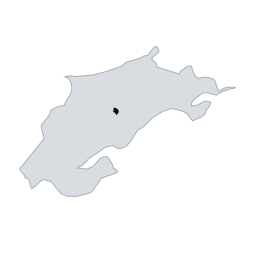 La Union, Cartago, Costa Rica shown in context, rotated 287°
{"feature_id": "36466004B23984119166299", "entity_name": "La Union", "entity_type": "district", "adm_level": 2, "iso_a3": "CRI", "parent_name": "Costa Rica", "parent_adm1": "Cartago", "projection": "robinson", "projection_center": [-83.995, 9.913], "detail": "fine", "context": "in_parent", "style": "filled", "palette": "ink", "viewbox_px": 256, "rotation_deg": 287, "n_neighbors": 0, "source": "geoboundaries", "source_scale": "gbopen_adm2", "svg_char_len": 2686}
<svg xmlns="http://www.w3.org/2000/svg" viewBox="0 0 256 256"><g transform="rotate(287 128 128)"><path d="M214.2,131.1L213.9,132.2L213.0,133.3L211.7,134.5L210.0,135.3L205.9,132.9L201.9,130.2L199.7,131.5L198.9,135.0L197.4,136.7L195.5,137.4L194.8,138.6L194.6,150.4L194.8,161.4L197.8,161.7L202.9,165.5L205.0,167.8L205.7,169.9L205.1,170.9L201.4,173.3L197.8,176.4L196.0,180.2L199.1,186.3L199.8,190.5L199.7,194.9L198.9,197.0L191.8,202.0L190.3,203.8L190.5,205.1L194.4,208.5L196.2,211.9L197.7,215.9L198.0,219.4L194.4,212.9L189.6,206.7L185.3,202.9L185.0,193.9L183.3,189.1L177.0,184.6L171.5,181.5L167.5,182.1L169.9,187.3L176.3,193.9L176.8,196.4L176.7,199.8L172.3,199.3L168.4,197.9L163.6,197.4L160.5,195.4L153.8,187.6L158.6,180.8L160.0,176.4L159.9,167.3L158.8,162.9L153.7,156.1L145.5,148.7L134.0,142.7L128.6,137.8L115.2,134.1L110.1,131.6L106.1,127.0L105.5,123.7L106.9,118.7L103.2,112.2L87.3,99.5L78.3,94.9L76.4,92.1L75.0,91.3L76.4,100.0L80.3,105.3L90.5,110.2L93.3,113.1L94.4,116.8L88.5,123.9L85.4,125.8L84.6,129.6L82.6,130.8L80.6,128.6L72.3,117.4L56.3,112.0L53.4,108.7L47.5,98.5L44.8,89.2L45.8,83.0L52.3,73.3L54.4,69.0L54.0,66.4L54.2,62.6L51.8,60.0L45.7,56.5L41.8,53.7L42.9,52.3L49.9,48.5L50.3,45.2L50.3,44.0L51.4,43.8L52.4,42.9L53.0,42.0L54.9,38.7L56.6,36.9L58.5,36.6L60.9,37.9L69.6,41.4L79.4,45.3L93.3,50.9L99.0,47.3L104.0,44.6L107.4,45.0L114.9,48.2L119.4,49.2L122.2,48.8L126.9,53.5L129.5,57.0L130.0,59.3L131.4,60.5L135.1,60.8L144.3,63.2L149.8,62.7L154.9,60.2L157.7,57.2L158.5,52.5L159.8,54.9L161.3,58.5L162.0,63.2L168.5,79.0L173.8,87.8L185.2,103.9L190.2,106.8L198.6,119.7L201.4,121.9L203.1,125.7L211.8,128.8L214.2,131.1Z" fill="#d9dde1" stroke="#a8b0b8" stroke-width="1"/><path d="M142.3,109.3L142.1,109.2L142.0,109.3L141.9,109.3L141.8,109.5L141.7,109.6L141.3,109.7L141.2,109.7L140.9,109.7L140.3,109.7L140.3,109.8L140.2,109.8L139.9,109.8L139.7,109.8L139.8,110.1L139.8,110.4L139.8,110.5L139.8,110.8L139.6,111.1L139.5,111.4L139.3,111.5L139.2,111.9L139.2,112.0L139.3,112.1L139.2,112.3L138.9,112.5L138.7,112.6L138.5,112.4L138.4,112.5L138.3,112.4L138.2,112.4L137.9,112.4L138.0,112.4L138.0,112.5L138.2,112.8L138.2,113.0L138.3,113.0L138.3,112.9L138.3,113.0L138.5,113.1L138.8,113.2L139.0,113.1L139.3,113.2L139.5,113.2L139.5,113.3L140.0,113.5L140.3,113.6L140.3,113.4L140.5,113.3L140.9,113.1L141.0,113.1L141.3,113.2L141.5,113.1L141.6,112.9L141.8,112.8L142.0,112.7L142.0,112.4L142.2,112.2L142.3,112.1L142.5,112.0L142.5,111.9L142.5,111.3L142.4,111.3L142.5,111.3L142.5,111.2L142.4,111.2L142.3,110.9L142.3,110.7L142.3,110.4L142.5,110.4L142.7,110.2L142.8,110.0L142.8,109.9L142.7,109.9L142.7,109.7L142.5,109.8L142.5,109.6L142.3,109.3L142.3,109.3Z" fill="#0f172a" stroke="#020617" stroke-width="1.5"/></g></svg>